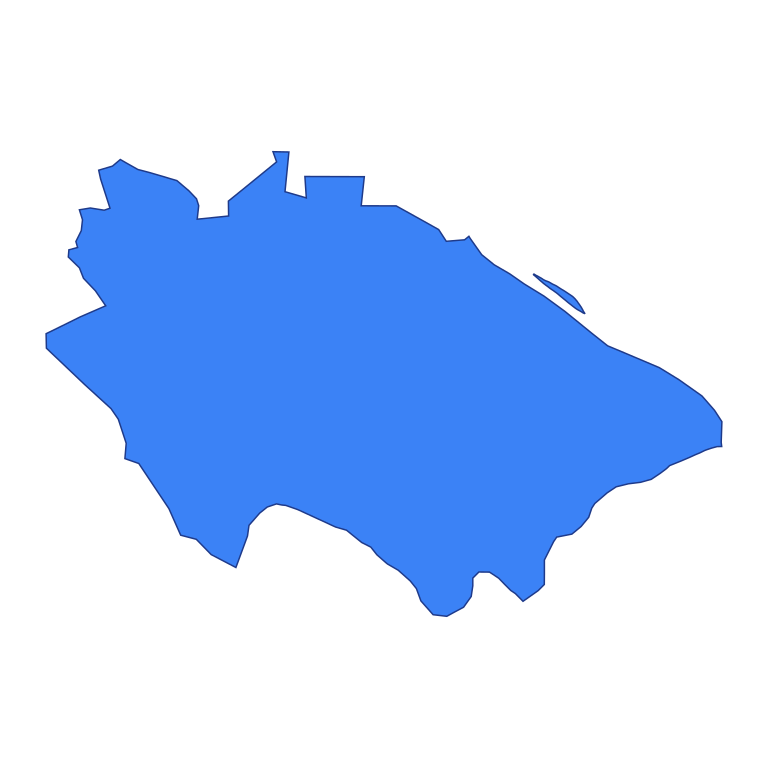 outline of Giza, Al Jizah, Egypt
{"feature_id": "37247803B59036266241246", "entity_name": "Giza", "entity_type": "district", "adm_level": 2, "iso_a3": "EGY", "parent_name": "Egypt", "parent_adm1": "Al Jizah", "projection": "albers", "projection_center": [31.23, 29.943], "detail": "fine", "context": "isolated", "style": "filled", "palette": "blue", "viewbox_px": 768, "rotation_deg": 0, "n_neighbors": 0, "source": "geoboundaries", "source_scale": "gbopen_adm2", "svg_char_len": 3847}
<svg xmlns="http://www.w3.org/2000/svg" viewBox="0 0 768 768"><path d="M46.1,333.7L46.4,348.2L84.5,384.4L111.0,408.6L118.3,419.2L126.2,443.3L124.9,458.6L138.8,463.5L168.9,508.6L180.7,535.2L196.3,539.3L211.2,554.6L235.9,567.5L247.5,536.0L249.0,525.3L259.7,513.1L267.3,507.0L276.5,503.9L281.8,505.0L285.8,505.4L297.5,509.5L299.3,510.3L317.1,518.5L332.9,525.8L335.8,527.1L346.5,530.2L361.7,542.5L370.8,547.1L376.9,554.8L385.8,562.6L387.5,564.0L398.2,570.2L410.3,581.0L416.4,588.6L420.9,600.9L433.1,614.7L435.6,615.0L446.8,616.3L453.7,612.5L463.6,607.2L471.2,596.5L472.8,585.8L472.8,578.1L478.9,572.0L489.5,572.1L498.7,578.2L504.7,584.4L510.8,590.5L515.4,593.6L523.0,601.3L538.2,590.6L544.3,584.5L544.4,573.8L544.4,560.0L553.6,541.7L556.7,537.1L571.9,534.1L581.1,526.5L588.7,517.3L591.8,508.1L594.8,503.5L607.1,492.9L616.2,486.8L621.1,485.6L628.4,483.8L640.6,482.3L651.3,479.3L660.4,473.2L666.5,468.6L669.6,465.6L680.8,461.1L684.8,459.4L689.5,457.4L695.4,454.7L699.8,452.9L704.7,450.5L706.8,449.7L711.6,448.1L717.1,446.6L721.7,446.5L721.2,442.4L721.9,421.7L714.5,410.3L702.0,396.0L679.1,379.8L659.4,367.7L633.5,356.7L626.2,353.6L607.6,345.8L591.0,332.6L564.8,311.3L544.0,296.1L524.3,284.0L509.8,273.9L494.2,264.8L493.7,264.4L493.4,264.2L493.1,263.9L481.7,254.7L470.1,238.3L468.9,236.3L464.6,239.8L446.3,241.3L438.7,229.6L420.5,219.4L396.2,205.9L361.2,205.8L364.3,176.7L304.9,176.5L306.3,197.9L285.0,191.7L288.9,152.0L273.0,151.7L276.6,161.9L247.0,186.0L228.4,201.1L228.6,216.0L197.2,219.2L198.7,205.7L196.5,198.8L189.0,190.9L176.9,180.6L169.7,178.5L163.8,176.7L158.6,175.2L150.1,172.7L143.7,171.0L137.9,169.5L130.1,165.1L126.2,162.9L120.3,159.5L118.8,160.8L114.5,164.4L112.5,166.1L98.7,170.2L100.6,179.0L110.0,208.2L104.2,210.2L90.3,208.0L79.4,209.8L82.5,219.8L81.3,230.6L75.9,241.5L77.6,247.5L68.9,249.8L68.3,257.0L79.4,267.8L83.5,278.3L95.4,290.8L105.7,305.8L80.2,316.9L62.4,325.7L46.1,333.7ZM584.4,313.5L584.5,313.5L584.7,313.4L584.6,313.2L584.5,312.9L584.4,312.8L584.3,312.7L584.2,312.5L584.2,312.4L583.5,311.5L583.1,310.7L582.7,309.8L582.2,309.0L581.8,308.2L581.5,307.7L581.2,307.2L580.9,306.7L580.5,306.2L580.2,305.7L579.1,304.1L577.9,302.5L577.3,301.5L576.9,301.0L576.5,300.6L576.1,300.1L575.7,299.6L575.3,299.1L574.9,298.7L574.5,298.3L574.2,298.0L573.9,297.7L573.6,297.4L573.4,297.2L573.1,296.9L572.8,296.7L572.5,296.4L572.2,296.2L571.8,295.9L571.5,295.7L571.2,295.5L569.7,294.5L568.2,293.5L566.7,292.5L565.2,291.5L564.1,290.8L563.0,290.1L561.9,289.5L560.8,288.8L559.7,288.1L558.6,287.4L557.6,286.7L556.5,286.0L556.1,285.8L555.8,285.6L555.5,285.5L555.2,285.3L554.9,285.2L554.5,285.0L553.2,284.4L552.6,284.1L551.5,283.5L550.9,283.1L549.8,282.5L549.2,282.1L548.7,281.9L548.2,281.7L547.9,281.6L547.7,281.4L547.4,281.4L547.1,281.3L546.9,281.2L546.6,281.1L546.3,281.0L546.1,280.9L545.8,280.8L545.6,280.7L545.3,280.6L545.1,280.5L544.8,280.3L544.6,280.2L543.9,279.9L543.4,279.6L542.9,279.3L542.4,278.9L541.7,278.5L541.0,278.0L540.4,277.7L539.3,277.1L538.3,276.5L537.0,275.8L536.1,275.4L535.3,274.9L534.5,274.4L534.4,274.3L534.3,274.2L534.2,274.2L533.9,274.1L533.7,274.2L533.6,274.3L533.5,274.5L533.6,274.8L533.8,274.9L533.8,275.0L534.0,275.1L534.4,275.4L534.7,275.7L535.5,276.4L536.2,277.0L536.9,277.6L537.7,278.3L538.7,279.2L539.7,280.1L540.7,281.0L541.8,281.9L543.6,283.5L544.7,284.3L545.7,285.1L547.8,286.6L549.8,288.2L551.5,289.4L553.2,290.5L554.8,291.7L555.7,292.3L556.5,292.9L558.0,294.1L559.5,295.4L560.9,296.6L562.4,297.8L563.7,298.9L565.1,300.0L566.4,301.1L567.7,302.2L569.3,303.5L570.9,304.7L572.5,306.0L574.2,307.3L575.1,308.0L576.1,308.7L576.6,309.0L576.9,309.2L577.3,309.5L577.7,309.7L578.0,309.9L579.1,310.5L580.2,311.1L581.2,311.7L582.2,312.3L582.3,312.4L582.4,312.5L582.5,312.6L582.9,312.8L583.0,312.8L583.4,313.0L583.6,313.1L583.8,313.2L584.0,313.3L584.3,313.4L584.4,313.5Z" fill="#3b82f6" stroke="#1e3a8a" stroke-width="1.5"/></svg>